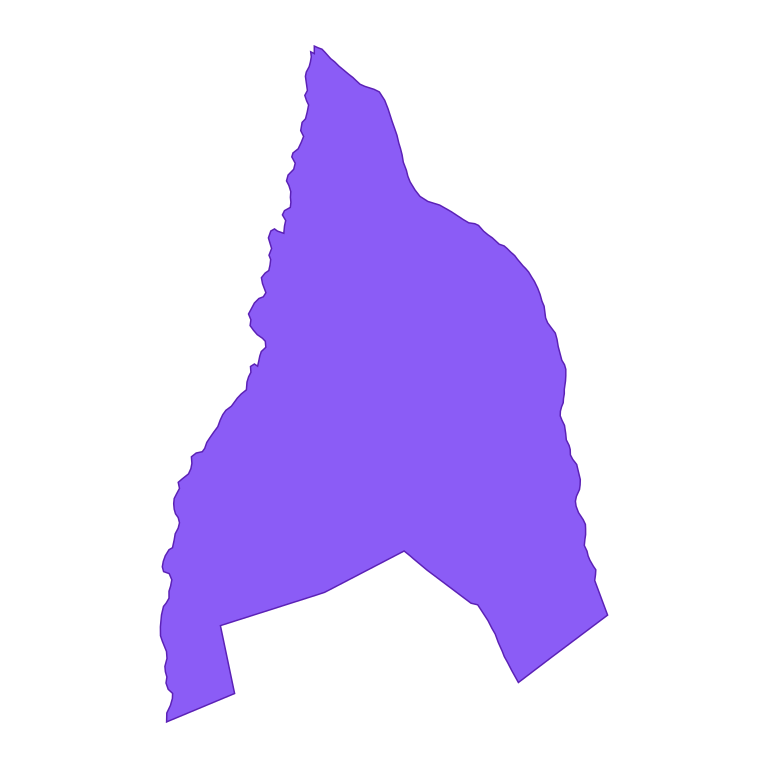 outline of Governador Nunes Freire, Maranhão, Brazil
{"feature_id": "56859067B42446193818241", "entity_name": "Governador Nunes Freire", "entity_type": "district", "adm_level": 2, "iso_a3": "BRA", "parent_name": "Brazil", "parent_adm1": "Maranhão", "projection": "natural_earth1", "projection_center": [-45.838, -2.038], "detail": "fine", "context": "isolated", "style": "filled", "palette": "violet", "viewbox_px": 768, "rotation_deg": 0, "n_neighbors": 0, "source": "geoboundaries", "source_scale": "gbopen_adm2", "svg_char_len": 3155}
<svg xmlns="http://www.w3.org/2000/svg" viewBox="0 0 768 768"><path d="M314.3,46.1L314.3,53.6L310.7,51.8L311.3,56.8L310.4,62.0L309.2,66.6L306.3,72.0L305.4,76.3L306.2,82.0L307.4,90.5L304.8,95.4L306.6,100.8L308.6,105.0L307.2,112.1L305.5,118.8L302.1,122.4L300.7,130.6L303.6,136.4L301.3,142.2L298.2,148.8L293.0,152.9L291.8,156.9L295.2,163.2L293.7,169.3L288.1,175.0L286.5,180.9L288.9,185.5L290.8,191.6L290.4,197.3L290.9,202.3L290.3,207.4L284.5,210.6L282.4,214.9L285.7,220.5L284.5,226.0L283.8,233.3L277.5,231.1L274.5,228.9L270.8,231.0L268.4,237.9L271.6,248.5L269.0,255.2L270.7,259.5L270.0,265.1L268.8,270.5L265.1,273.1L261.4,277.7L262.5,283.6L265.9,292.7L263.3,296.8L258.9,298.5L254.4,303.0L250.9,309.6L248.5,314.0L250.9,319.8L250.1,325.6L253.5,330.3L257.2,334.6L262.5,338.3L265.3,341.3L265.8,347.3L261.3,351.5L259.8,356.0L258.8,360.9L257.6,366.2L254.4,364.0L250.5,366.5L250.9,372.3L248.6,376.8L247.0,382.0L246.4,389.8L241.3,393.9L237.4,398.0L234.4,402.1L231.4,406.2L225.9,410.3L222.8,414.6L220.3,419.9L217.8,426.7L213.7,432.2L209.6,438.1L206.8,442.4L204.7,448.4L202.3,451.7L196.2,453.0L191.4,456.8L191.9,463.4L190.9,468.6L188.5,473.9L182.2,478.9L178.2,482.3L179.5,488.4L176.5,494.0L174.2,498.5L173.7,503.7L174.2,509.2L175.5,513.8L178.2,517.6L179.5,522.8L178.2,528.1L175.2,533.8L174.2,539.9L172.5,547.7L169.0,549.7L165.3,555.7L163.3,561.3L162.3,566.8L163.6,571.6L169.2,573.6L171.8,579.8L170.6,586.1L169.0,591.2L169.0,598.2L166.1,603.2L163.5,606.4L161.5,614.9L160.9,621.4L160.4,626.8L160.5,635.8L162.3,641.1L166.5,651.5L167.0,658.4L164.9,666.4L165.4,671.8L166.9,677.0L166.0,683.0L168.2,689.3L172.6,693.4L172.4,698.5L170.4,705.5L166.8,713.0L166.6,721.9L234.6,693.5L220.4,625.6L316.2,595.1L324.7,592.3L404.1,551.0L410.2,555.9L413.6,558.9L426.9,570.0L471.0,603.2L477.7,604.8L488.0,620.6L491.9,628.3L495.2,634.0L498.3,642.5L502.3,651.4L504.3,656.6L507.6,662.5L511.6,670.3L518.4,682.5L550.7,657.9L607.6,615.1L594.7,580.5L595.5,574.7L595.8,569.8L593.3,566.1L589.9,560.2L588.1,555.9L587.0,551.1L584.3,545.5L584.9,539.4L585.6,534.7L585.6,528.9L585.4,524.4L583.2,519.7L578.5,512.6L576.1,506.2L575.4,501.3L576.4,496.4L579.5,489.5L580.1,485.0L580.3,479.6L578.7,472.9L576.7,464.5L572.7,459.3L570.4,454.9L570.2,449.5L569.1,445.4L566.3,439.9L565.7,433.5L564.5,425.4L561.9,420.1L560.2,415.8L560.4,411.2L561.6,406.7L563.2,402.8L563.5,398.5L564.3,393.7L564.3,389.4L565.5,381.0L565.8,375.7L565.8,369.3L564.5,364.7L561.8,360.2L558.2,346.5L557.0,339.3L555.3,333.1L551.0,327.4L547.6,322.8L545.6,317.9L544.1,306.2L541.9,301.0L540.1,294.5L537.7,288.2L534.4,281.4L531.8,277.3L528.6,272.0L525.7,268.6L523.0,265.9L517.3,259.1L514.7,255.6L510.6,252.0L507.0,248.4L504.1,245.9L499.2,244.2L492.4,237.9L488.1,234.9L483.6,231.2L478.5,225.4L474.8,223.7L468.7,222.8L463.0,219.4L451.3,211.7L439.7,205.1L427.8,201.4L420.0,196.4L415.1,190.1L410.1,181.9L407.8,176.1L406.4,170.3L403.3,162.2L402.1,154.9L400.5,148.6L398.8,143.1L397.0,135.4L394.8,129.0L392.1,121.4L388.0,108.7L384.7,100.3L379.3,91.9L374.0,89.3L364.9,86.4L360.0,84.2L355.9,80.4L352.9,77.5L349.1,74.6L338.9,66.1L334.8,62.0L330.6,58.6L324.9,52.2L322.0,49.2L318.4,47.9L314.3,46.1Z" fill="#8b5cf6" stroke="#5b21b6" stroke-width="1.5"/></svg>